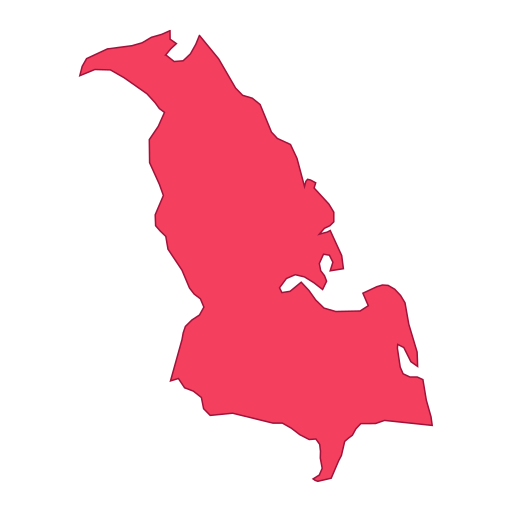 the District of Trikuṇāmalaya
{"feature_id": "LKA-2454", "entity_name": "Trikuṇāmalaya", "entity_type": "District", "adm_level": 1, "iso_a3": "LKA", "parent_name": "Sri Lanka", "parent_adm1": "", "projection": "albers", "projection_center": [81.128, 8.569], "detail": "fine", "context": "isolated", "style": "filled", "palette": "rose", "viewbox_px": 512, "rotation_deg": 0, "n_neighbors": 0, "source": "natural_earth", "source_scale": "10m", "svg_char_len": 2054}
<svg xmlns="http://www.w3.org/2000/svg" viewBox="0 0 512 512"><path d="M170.0,30.7L170.1,39.2L176.4,43.6L170.7,48.9L165.7,54.9L165.8,54.9L174.1,61.5L183.1,60.8L190.4,53.9L195.8,44.3L199.4,35.5L199.5,35.5L218.6,58.8L235.6,88.1L242.6,95.3L252.3,98.2L260.1,104.5L271.5,132.2L274.4,135.2L277.4,138.5L277.5,138.5L290.5,144.5L297.0,158.4L304.5,186.5L305.9,181.3L307.6,179.3L310.5,180.0L315.7,182.8L314.1,188.0L328.9,204.1L333.8,212.2L333.8,221.8L329.9,225.7L324.4,228.3L319.3,234.2L323.2,233.1L327.2,232.1L328.2,231.6L330.2,230.5L341.7,255.6L343.4,268.7L330.2,270.8L332.9,262.2L329.4,255.2L323.5,254.2L319.3,263.5L320.7,270.7L324.5,275.7L326.6,281.2L322.6,289.5L319.5,287.1L313.7,282.6L304.5,276.9L295.2,274.7L286.4,278.5L279.5,287.8L281.9,292.6L290.1,291.3L301.2,282.2L308.8,290.3L315.7,300.0L324.0,308.1L335.7,311.5L360.1,311.0L368.3,305.7L362.9,293.2L376.8,286.7L382.4,285.0L388.2,285.4L388.3,285.5L394.7,289.2L400.6,295.5L405.0,302.8L408.8,324.3L417.1,352.0L417.4,359.2L417.6,366.4L410.9,361.7L403.8,347.5L397.7,344.4L397.4,348.3L400.0,365.8L400.2,367.1L403.1,373.8L406.7,375.5L409.9,377.0L410.0,377.0L417.2,377.0L422.9,379.6L426.3,400.1L430.3,414.3L431.0,416.7L432.2,425.4L384.5,420.4L375.6,423.5L367.4,423.6L360.8,423.6L355.9,428.8L352.4,435.2L348.4,438.2L344.7,441.4L341.4,455.5L338.7,460.6L331.2,478.2L317.8,481.3L315.2,480.4L313.1,478.9L319.3,475.0L322.2,468.3L320.3,458.1L320.5,451.2L319.7,444.4L315.9,439.0L309.2,439.5L299.8,434.7L291.2,428.1L282.4,423.1L272.9,423.1L232.6,413.2L210.2,415.4L203.6,408.7L201.4,397.5L193.3,391.1L184.6,387.8L178.4,378.5L170.5,380.9L182.0,339.6L183.2,332.9L185.4,326.4L192.0,319.9L199.5,315.0L203.9,307.1L200.4,298.8L194.2,294.1L189.5,288.0L182.0,270.2L168.0,249.2L165.8,236.4L160.1,230.9L155.6,225.7L155.2,214.8L163.4,195.5L159.4,184.3L149.6,162.7L149.3,139.6L158.3,126.3L164.5,112.4L159.4,108.6L155.2,102.8L147.0,93.8L123.9,77.6L110.4,69.9L94.8,69.5L79.8,75.7L82.2,66.3L86.6,58.6L107.4,48.9L132.0,45.7L142.1,42.8L151.4,37.3L161.6,34.4L169.9,30.7L170.0,30.7Z" fill="#f43f5e" stroke="#9f1239" stroke-width="1.5"/></svg>